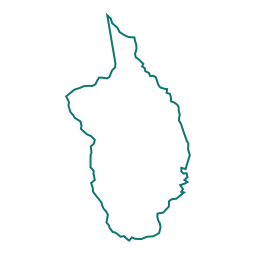 the district of Marzagão, Goiás, Brazil
{"feature_id": "56859067B67512374112148", "entity_name": "Marzagão", "entity_type": "district", "adm_level": 2, "iso_a3": "BRA", "parent_name": "Brazil", "parent_adm1": "Goiás", "projection": "albers", "projection_center": [-48.689, -17.969], "detail": "fine", "context": "isolated", "style": "outline", "palette": "teal", "viewbox_px": 256, "rotation_deg": 0, "n_neighbors": 0, "source": "geoboundaries", "source_scale": "gbopen_adm2", "svg_char_len": 1700}
<svg xmlns="http://www.w3.org/2000/svg" viewBox="0 0 256 256"><path d="M129.1,240.6L131.9,237.4L135.1,238.8L141.3,239.1L146.8,236.8L153.3,236.3L159.1,233.1L160.5,227.4L159.9,223.5L158.2,220.4L157.3,216.8L157.6,213.6L163.1,212.6L168.9,206.5L169.0,201.3L171.6,199.3L176.5,198.6L180.1,195.7L184.0,192.5L181.3,191.8L183.0,189.0L180.2,185.1L184.9,183.5L187.4,182.0L184.4,179.9L187.5,177.2L186.5,173.2L183.5,173.6L181.3,171.6L181.4,167.8L185.6,169.1L186.3,166.5L189.8,155.2L188.2,149.8L188.2,146.2L188.4,143.4L186.8,141.0L185.8,138.0L183.3,131.0L181.0,123.9L179.1,120.8L179.0,118.1L179.8,114.8L178.7,110.8L178.6,106.9L177.0,104.5L174.4,102.6L171.0,101.3L170.9,97.1L169.9,93.9L166.6,92.8L167.1,89.1L164.6,88.8L160.3,87.5L158.4,85.0L155.8,77.1L153.3,75.8L150.2,76.0L148.9,72.9L145.3,71.2L144.7,68.1L142.1,66.5L143.3,63.9L138.6,59.3L135.8,57.3L135.0,54.1L136.4,49.5L136.3,44.6L135.0,41.0L134.4,37.4L128.5,37.1L123.7,34.8L119.4,31.9L117.6,28.0L112.2,23.2L110.7,18.5L107.3,15.4L115.5,64.0L115.0,67.4L112.1,70.4L110.7,73.7L109.3,77.2L106.9,78.4L102.6,77.7L99.1,77.6L97.1,80.8L95.4,84.4L92.1,86.0L88.9,85.8L84.2,86.1L79.6,88.0L74.3,89.7L66.2,96.4L68.0,100.0L69.0,102.4L68.4,105.2L69.4,108.7L70.4,112.0L73.1,115.1L74.7,117.8L77.5,119.6L80.5,121.4L81.5,125.9L80.9,128.9L83.9,131.6L86.9,134.3L90.9,136.0L94.8,139.9L93.9,143.6L90.8,146.4L91.1,149.6L91.5,152.4L90.6,155.1L90.5,167.3L93.7,170.7L93.5,173.7L94.8,179.9L91.2,183.0L92.7,187.8L93.1,191.8L96.2,195.9L99.1,199.4L101.6,202.8L102.2,205.7L103.7,208.8L106.2,211.6L107.9,214.9L107.3,218.0L106.5,222.6L108.8,225.2L109.5,227.7L112.6,231.9L115.3,232.6L118.2,234.6L120.4,236.7L124.0,236.1L126.2,238.3L129.1,240.6Z" fill="none" stroke="#0f766e" stroke-width="2"/></svg>